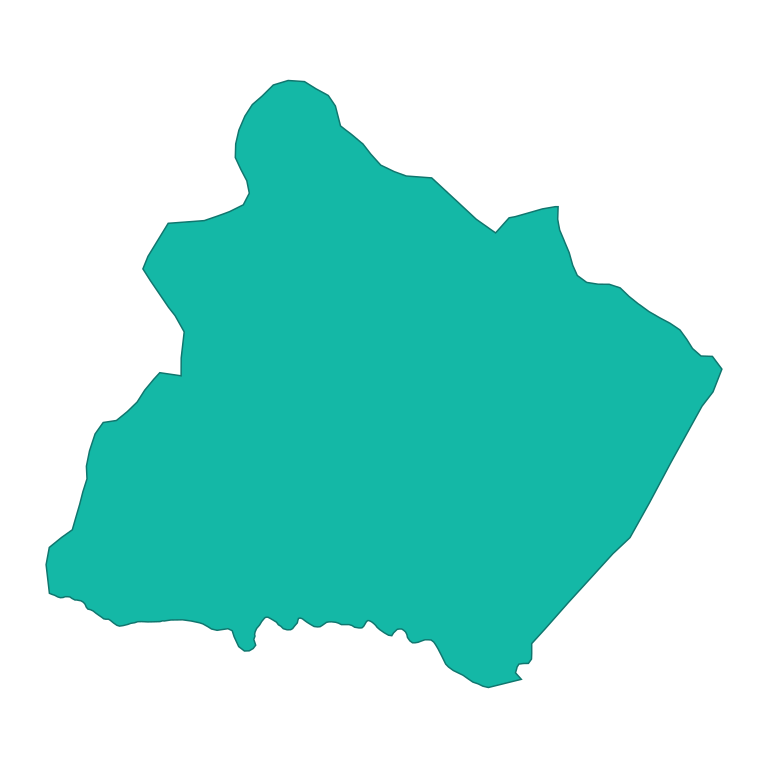 outline of Bani Al Awam, Hajjah, Yemen
{"feature_id": "15242507B30221832933741", "entity_name": "Bani Al Awam", "entity_type": "district", "adm_level": 2, "iso_a3": "YEM", "parent_name": "Yemen", "parent_adm1": "Hajjah", "projection": "albers", "projection_center": [43.596, 15.581], "detail": "fine", "context": "isolated", "style": "filled", "palette": "teal", "viewbox_px": 768, "rotation_deg": 0, "n_neighbors": 0, "source": "geoboundaries", "source_scale": "gbopen_adm2", "svg_char_len": 3545}
<svg xmlns="http://www.w3.org/2000/svg" viewBox="0 0 768 768"><path d="M168.2,223.3L148.0,256.3L142.9,268.9L150.3,280.5L168.6,307.4L175.1,315.7L184.2,331.9L181.6,354.5L181.2,358.0L181.1,375.8L159.8,372.7L153.8,379.2L153.4,379.7L144.7,390.2L137.1,402.1L127.2,411.7L116.4,420.5L103.2,422.5L95.1,433.9L91.1,446.0L89.5,450.9L86.4,466.2L87.0,478.8L83.8,488.9L82.9,491.7L79.7,504.3L76.0,516.9L72.3,529.8L61.5,537.5L49.3,547.4L46.1,564.7L49.4,593.3L51.8,594.3L54.7,595.3L57.7,596.9L60.4,597.7L63.1,597.5L65.1,596.7L67.4,596.7L69.8,596.9L72.1,598.5L75.0,600.0L76.9,600.0L78.2,600.3L81.0,600.8L83.4,602.3L85.1,604.3L86.3,607.2L87.9,609.1L90.5,609.7L93.2,611.0L95.9,613.2L99.0,615.4L101.5,617.1L103.7,618.8L105.8,619.2L108.5,619.2L110.3,620.3L113.7,623.1L116.9,625.3L119.5,626.1L123.1,625.6L127.9,624.4L130.9,623.3L134.8,622.7L137.6,621.7L141.7,621.6L144.0,621.7L147.9,621.9L153.0,621.8L160.0,621.6L162.7,620.8L164.1,621.0L170.8,620.0L177.5,619.9L182.4,619.8L183.2,619.9L191.2,621.0L199.6,622.8L202.9,623.9L207.9,626.7L211.5,629.0L217.1,630.3L228.0,628.7L232.2,630.7L234.1,636.7L238.7,646.6L244.4,651.0L249.3,650.8L253.2,648.5L255.7,645.2L253.8,639.4L255.0,636.1L254.6,634.4L255.1,631.9L256.6,628.5L259.6,625.0L261.7,621.5L264.6,618.0L265.0,617.7L266.1,617.2L267.9,617.2L270.4,618.5L273.1,620.1L276.5,622.2L278.4,624.8L280.8,626.2L283.3,628.7L287.1,629.8L287.6,629.8L290.7,629.7L292.6,628.6L293.3,627.7L294.6,626.0L297.3,622.9L297.9,620.2L298.5,618.4L300.1,618.0L302.3,618.7L304.2,620.2L306.8,622.1L310.3,624.3L314.1,626.5L317.6,626.9L320.1,626.7L322.5,625.2L322.9,624.9L324.6,623.7L326.6,622.3L328.8,621.9L331.4,621.8L335.8,622.3L338.6,623.2L341.4,624.6L344.2,624.6L346.7,624.6L349.1,624.6L352.0,625.5L354.6,627.2L358.8,627.9L360.9,627.9L362.0,627.8L363.6,626.4L365.0,624.1L366.2,622.0L367.6,620.6L368.9,620.6L370.4,621.2L371.8,622.0L373.6,623.4L375.7,625.4L377.0,627.2L379.7,629.6L384.3,632.8L388.5,635.2L391.8,635.7L392.0,635.3L393.6,632.8L396.6,629.9L397.3,629.3L399.3,629.0L401.7,629.0L403.6,630.2L404.3,630.8L405.6,632.0L406.9,634.6L407.4,637.1L407.5,637.5L409.9,640.9L410.9,641.6L412.5,642.8L415.0,642.8L418.0,642.3L418.8,642.0L422.0,640.8L424.9,639.8L428.5,639.8L431.1,640.0L433.7,642.0L433.8,642.1L435.6,644.7L438.1,648.9L438.7,650.1L441.9,656.3L445.7,664.1L448.5,667.0L453.3,670.5L457.8,672.7L462.8,675.1L468.2,678.9L472.9,682.1L478.2,683.9L482.9,686.2L488.4,687.5L521.3,679.3L515.5,672.8L516.7,668.7L517.0,667.2L518.9,664.1L523.2,663.5L523.3,663.5L528.4,663.4L531.5,659.1L531.7,653.5L531.7,643.6L544.9,629.1L568.3,602.6L585.1,584.2L612.9,553.7L630.0,537.6L639.0,521.5L649.6,502.5L671.0,462.3L702.0,406.2L713.0,391.9L721.9,369.1L712.4,356.4L701.0,356.0L692.5,348.5L686.6,339.1L680.0,330.0L670.1,323.3L662.0,319.0L659.4,317.6L649.0,311.6L639.7,304.8L638.3,303.9L629.5,296.8L629.0,296.4L620.2,287.9L609.3,284.3L608.3,284.3L598.1,284.2L586.7,282.4L577.3,275.5L572.7,265.2L569.2,252.7L564.6,241.8L563.9,240.0L559.7,230.1L558.6,224.4L557.7,219.2L558.1,206.7L555.2,206.7L542.4,208.9L528.5,212.9L515.1,216.7L509.1,217.8L495.6,232.9L490.3,229.2L476.3,219.3L461.8,205.8L431.7,177.9L406.2,176.0L394.2,171.6L380.7,165.1L370.7,154.0L362.8,143.8L361.1,142.5L351.5,134.4L345.7,130.0L340.5,125.9L335.4,106.0L328.3,95.5L315.8,88.7L304.5,81.6L295.9,81.0L288.1,80.5L281.5,82.5L273.3,85.0L262.2,96.0L252.3,104.6L244.9,116.1L238.9,130.1L235.7,143.9L235.3,157.6L235.9,158.8L240.8,169.3L245.6,178.5L246.8,180.7L249.3,193.2L243.3,204.8L229.6,211.6L224.3,213.6L217.1,216.2L204.3,220.6L191.2,221.6L168.2,223.3Z" fill="#14b8a6" stroke="#0f766e" stroke-width="1.5"/></svg>